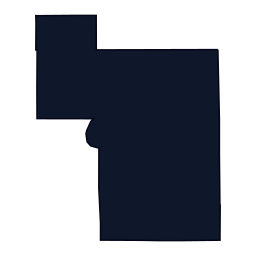 Beltrami, Minnesota, United States of America
{"feature_id": "52423323B93818974176817", "entity_name": "Beltrami", "entity_type": "district", "adm_level": 2, "iso_a3": "USA", "parent_name": "United States of America", "parent_adm1": "Minnesota", "projection": "equal_earth", "projection_center": [-95.064, 47.975], "detail": "fine", "context": "isolated", "style": "filled", "palette": "ink", "viewbox_px": 256, "rotation_deg": 0, "n_neighbors": 0, "source": "geoboundaries", "source_scale": "gbopen_adm2", "svg_char_len": 521}
<svg xmlns="http://www.w3.org/2000/svg" viewBox="0 0 256 256"><path d="M38.5,118.6L93.4,118.7L90.7,121.6L86.7,130.6L86.0,133.9L87.1,141.8L90.7,145.9L98.9,148.1L98.8,187.9L100.5,222.7L100.5,240.1L140.3,240.3L160.2,240.6L178.4,240.6L180.5,240.6L220.0,240.2L220.0,233.6L220.2,205.2L219.9,203.8L219.4,153.4L219.4,136.0L219.4,119.4L217.9,50.4L217.4,49.6L96.3,49.9L96.2,15.4L76.0,15.4L38.2,15.7L35.8,15.6L36.0,24.2L35.8,50.0L37.1,50.0L36.9,88.2L37.0,118.6L38.5,118.6Z" fill="#0f172a" stroke="#020617" stroke-width="1.5"/></svg>